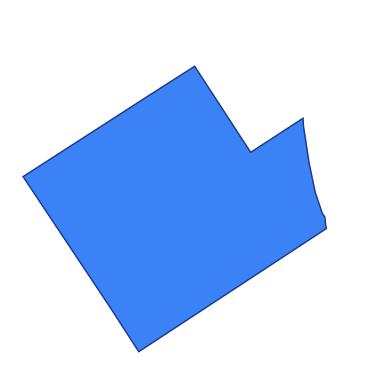 outline of Van Buren, Michigan, United States of America, rotated 147°
{"feature_id": "52423323B49576976104911", "entity_name": "Van Buren", "entity_type": "district", "adm_level": 2, "iso_a3": "USA", "parent_name": "United States of America", "parent_adm1": "Michigan", "projection": "albers", "projection_center": [-86.138, 42.245], "detail": "fine", "context": "isolated", "style": "filled", "palette": "blue", "viewbox_px": 384, "rotation_deg": 147, "n_neighbors": 0, "source": "geoboundaries", "source_scale": "gbopen_adm2", "svg_char_len": 338}
<svg xmlns="http://www.w3.org/2000/svg" viewBox="0 0 384 384"><g transform="rotate(147 192 192)"><path d="M323.6,87.1L99.1,88.2L97.8,91.8L94.2,98.7L94.4,103.0L88.8,124.7L77.8,153.0L62.5,186.8L58.7,193.4L121.2,193.3L121.3,296.0L172.4,296.4L325.3,296.9L323.5,140.2L323.6,87.1Z" fill="#3b82f6" stroke="#1e3a8a" stroke-width="1.5"/></g></svg>